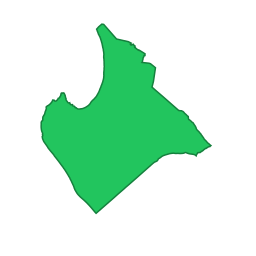 outline of Sechura, Piura, Peru, rotated 18°
{"feature_id": "86281439B13089313750619", "entity_name": "Sechura", "entity_type": "district", "adm_level": 2, "iso_a3": "PER", "parent_name": "Peru", "parent_adm1": "Piura", "projection": "natural_earth1", "projection_center": [-80.698, -5.861], "detail": "fine", "context": "isolated", "style": "filled", "palette": "green", "viewbox_px": 256, "rotation_deg": 18, "n_neighbors": 0, "source": "geoboundaries", "source_scale": "gbopen_adm2", "svg_char_len": 5574}
<svg xmlns="http://www.w3.org/2000/svg" viewBox="0 0 256 256"><g transform="rotate(18 128 128)"><path d="M206.2,116.2L204.4,115.3L203.7,114.9L203.3,114.4L202.0,113.4L201.4,113.0L200.8,112.5L199.5,111.6L198.8,110.9L198.1,110.6L197.8,110.5L197.4,110.2L197.1,109.9L194.5,108.6L194.0,108.3L193.2,107.6L192.9,107.2L192.5,106.5L191.2,105.3L191.0,105.1L189.7,104.2L189.2,103.7L188.5,103.1L188.0,102.8L187.3,102.8L187.1,102.7L186.3,102.2L184.6,101.5L184.2,101.3L183.4,101.2L183.1,101.1L182.9,100.8L182.7,100.6L181.8,98.7L181.7,98.4L180.6,98.1L180.1,97.8L179.7,97.6L179.2,97.3L177.3,96.5L176.1,95.7L175.2,95.3L174.3,95.2L173.8,95.1L173.4,95.1L172.5,95.4L171.6,95.5L170.9,95.7L151.6,87.4L143.2,83.9L138.2,81.7L137.8,75.8L135.5,62.2L133.2,61.3L129.5,59.9L128.0,59.9L121.2,61.3L121.3,61.1L121.0,59.3L121.0,58.3L120.9,57.5L120.7,56.8L120.7,56.6L121.0,55.3L121.0,54.6L120.9,54.1L121.7,53.8L121.4,53.3L121.4,52.3L119.9,51.8L115.0,50.6L114.3,50.5L114.3,50.8L113.2,50.6L109.6,49.3L109.8,48.9L109.2,48.7L109.3,47.9L108.7,47.8L108.6,47.6L108.0,47.5L107.8,47.2L107.0,46.7L106.9,46.9L106.9,47.1L106.1,47.5L106.0,47.8L105.9,47.9L105.7,47.9L105.3,48.2L105.0,48.0L104.8,47.7L104.4,47.7L104.2,47.5L104.2,47.4L104.3,47.3L104.5,47.3L104.8,46.3L101.7,45.8L89.6,46.9L72.9,37.0L72.7,37.0L71.0,37.3L68.7,41.1L68.6,41.5L67.6,43.7L68.3,44.5L68.9,45.4L69.5,46.0L70.4,47.2L70.8,47.8L71.0,48.0L71.4,48.3L72.2,49.2L72.8,49.7L73.1,49.9L73.3,50.3L73.6,50.7L74.0,51.1L74.4,51.7L74.7,52.1L76.1,54.1L76.4,54.6L76.7,55.0L77.4,56.0L77.8,56.9L78.5,57.9L78.6,58.3L79.2,59.3L79.8,60.2L80.0,60.5L80.3,61.1L80.6,61.9L81.3,63.1L82.4,65.6L82.4,65.9L82.6,66.7L83.0,68.2L83.2,68.4L83.2,68.7L83.8,69.8L84.5,71.7L84.9,72.5L85.0,73.1L85.4,74.0L85.4,74.3L85.6,74.6L85.8,75.5L86.0,75.9L86.3,76.4L86.6,77.6L86.7,78.3L87.0,79.2L87.2,79.7L87.5,81.2L87.8,82.5L87.9,83.0L88.2,83.7L88.4,84.5L88.8,85.5L89.0,85.9L89.1,87.0L89.3,87.4L89.4,88.1L89.6,89.7L89.6,90.8L89.7,91.5L89.7,92.8L89.6,93.6L89.7,94.2L89.5,95.7L89.5,97.5L89.4,98.6L89.3,99.0L89.3,99.7L89.2,102.2L88.8,104.6L88.5,105.8L88.5,106.2L88.2,107.4L88.0,108.1L86.7,111.0L86.6,111.5L86.4,111.6L86.0,112.2L85.9,112.5L85.7,112.7L85.6,113.0L84.9,114.6L84.4,116.7L84.0,117.5L83.7,118.2L83.4,118.8L83.0,119.3L82.6,119.9L82.2,120.3L81.6,121.1L80.4,122.3L80.1,122.5L79.3,123.2L78.4,123.8L77.5,124.2L76.3,124.8L75.4,125.2L75.0,125.3L73.7,125.3L73.0,125.1L72.8,125.0L72.7,124.8L72.2,124.9L71.9,125.0L71.6,125.0L71.3,124.8L71.3,124.6L71.2,124.4L70.7,124.2L70.3,123.9L69.3,124.0L68.7,124.0L68.4,123.9L68.2,123.7L68.2,123.1L67.9,122.9L66.4,123.5L66.0,123.5L65.9,123.4L65.7,123.1L65.5,122.8L65.2,122.8L64.7,122.5L64.6,122.4L64.6,122.1L64.1,122.4L63.4,122.5L63.0,122.4L62.6,122.1L61.9,121.5L61.5,121.3L61.2,121.1L60.2,120.1L60.1,119.8L60.0,119.3L59.9,119.0L59.7,118.8L59.4,118.7L58.8,117.6L58.2,116.5L58.0,116.4L57.8,116.3L57.7,116.2L57.7,115.9L56.8,115.0L56.4,114.9L56.3,114.6L56.2,114.5L55.8,114.6L55.7,114.6L55.4,115.0L55.1,114.9L55.0,115.1L54.7,115.1L54.4,115.2L54.2,115.4L54.1,115.7L53.9,115.6L53.9,115.9L53.7,116.1L53.7,116.5L53.9,117.1L53.9,117.7L54.0,117.9L54.0,118.0L53.6,119.1L53.6,119.9L53.2,120.8L52.8,121.2L52.6,121.2L52.5,121.3L52.4,121.4L52.5,121.8L52.3,122.5L52.1,123.0L51.7,123.9L51.3,124.4L50.9,124.8L50.2,125.0L49.8,124.9L49.5,124.5L49.3,124.4L48.8,124.4L48.5,124.6L47.9,124.6L47.7,124.7L47.7,124.9L47.8,125.2L47.6,126.6L47.1,127.6L47.0,128.3L46.9,128.6L46.1,129.8L45.4,131.0L45.0,131.4L44.7,131.6L43.7,133.0L43.8,133.7L44.3,134.7L44.4,135.5L44.3,136.2L44.4,136.5L44.3,137.0L44.2,137.7L44.3,138.8L44.3,139.1L44.3,139.6L44.4,140.5L44.4,141.0L44.2,141.6L43.9,142.0L44.0,142.9L43.7,143.3L43.8,144.6L44.4,146.6L44.4,147.4L44.3,147.6L44.0,147.9L43.8,148.2L43.8,148.6L43.7,149.1L43.7,149.4L44.5,151.9L44.6,152.3L44.7,152.7L45.2,154.2L45.6,155.1L46.0,156.0L46.7,157.3L47.4,158.2L48.4,159.4L48.6,159.8L48.7,160.1L48.6,160.5L49.2,161.3L49.3,161.7L49.3,161.9L49.1,162.2L49.0,162.5L49.2,162.8L49.6,163.8L50.3,164.9L50.7,165.2L50.9,165.5L51.6,166.4L52.6,167.3L53.7,168.1L54.2,168.5L55.3,169.3L56.1,169.9L56.6,170.3L57.4,170.9L58.1,171.6L58.8,172.1L61.1,173.6L65.6,176.4L66.3,177.0L66.6,177.3L68.6,178.6L72.3,181.1L75.9,183.7L78.5,185.5L79.5,186.4L80.1,186.7L82.9,189.0L85.6,191.3L87.0,192.6L87.3,192.8L88.1,193.5L89.0,194.6L90.1,195.6L92.1,197.8L93.9,199.7L95.1,201.2L95.4,201.7L96.8,203.3L98.5,204.8L99.9,206.0L101.3,206.9L104.1,208.4L106.0,209.2L108.6,210.3L111.3,211.6L114.7,213.4L118.1,215.4L122.4,218.1L124.0,219.0L134.6,201.3L136.5,198.1L138.7,194.3L143.1,187.0L144.1,185.2L146.5,181.3L149.7,175.9L150.9,173.9L162.6,154.0L163.6,152.5L163.8,152.1L164.5,151.7L165.8,150.4L165.9,150.2L166.2,149.4L166.4,148.1L166.6,147.7L167.3,146.9L168.0,146.1L169.0,144.5L170.1,143.4L171.1,142.6L172.5,141.6L173.1,141.2L175.6,139.5L177.6,138.5L179.0,137.9L181.2,137.5L183.3,136.7L185.0,136.3L187.0,135.6L188.0,135.1L189.0,134.6L189.5,134.0L189.9,133.7L190.3,133.5L190.9,133.5L192.3,133.6L193.7,133.6L194.8,133.5L197.4,133.0L198.9,132.8L200.3,132.9L201.4,133.4L201.4,132.8L201.4,132.3L201.7,131.2L201.8,130.6L201.9,130.4L202.0,129.9L202.8,129.7L203.2,129.3L203.4,129.2L203.6,129.2L204.0,129.2L204.4,128.6L204.6,128.3L204.8,128.1L204.9,127.9L205.5,127.4L205.7,126.7L205.9,126.6L206.1,126.5L206.2,126.4L206.4,126.1L206.7,125.3L207.1,124.9L207.2,124.6L207.5,124.3L208.0,123.6L208.3,123.3L208.6,123.3L208.7,123.2L208.8,122.9L208.9,122.7L209.7,122.0L210.0,121.5L210.4,120.9L210.8,120.7L211.2,120.6L211.6,120.4L211.6,120.2L211.8,120.0L211.9,119.7L212.3,119.1L210.7,118.5L209.8,118.0L208.9,117.7L208.5,117.6L208.2,117.5L206.9,116.6L206.2,116.2Z" fill="#22c55e" stroke="#15803d" stroke-width="1.5"/></g></svg>